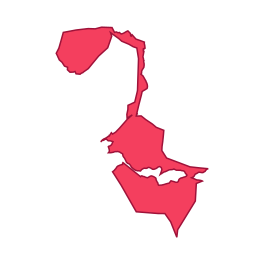 outline of San Bartolo Soyaltepec, Oaxaca, Mexico, rotated 104°
{"feature_id": "50627088B5288968218075", "entity_name": "San Bartolo Soyaltepec", "entity_type": "district", "adm_level": 2, "iso_a3": "MEX", "parent_name": "Mexico", "parent_adm1": "Oaxaca", "projection": "mercator", "projection_center": [-97.319, 17.577], "detail": "fine", "context": "isolated", "style": "filled", "palette": "rose", "viewbox_px": 256, "rotation_deg": 104, "n_neighbors": 0, "source": "geoboundaries", "source_scale": "gbopen_adm2", "svg_char_len": 5187}
<svg xmlns="http://www.w3.org/2000/svg" viewBox="0 0 256 256"><g transform="rotate(104 128 128)"><path d="M148.1,40.3L149.5,49.6L150.7,58.5L147.8,83.3L141.7,89.7L137.7,90.5L132.9,91.0L125.9,92.0L121.6,92.7L120.5,100.8L118.3,105.2L115.6,112.7L113.1,118.1L114.4,122.9L111.9,123.0L111.9,122.5L111.3,122.8L111.3,123.0L102.8,123.1L92.7,123.0L89.3,123.1L88.6,122.5L88.0,122.1L87.1,121.0L86.2,120.2L85.2,119.2L84.6,119.0L83.5,119.1L82.8,119.2L82.0,119.5L80.9,120.0L79.7,120.8L78.9,121.5L77.7,122.3L77.1,123.0L75.9,124.1L73.9,126.0L72.6,128.5L72.0,128.2L71.4,128.1L70.7,128.3L70.0,128.4L69.2,128.5L68.0,128.2L67.4,128.0L66.5,127.7L65.3,127.3L64.4,127.4L63.5,127.5L61.8,127.9L60.8,128.4L60.1,128.7L59.2,129.0L58.6,128.9L58.1,129.4L57.0,129.8L56.1,130.3L55.5,130.7L54.6,130.8L52.7,130.9L52.4,130.9L50.8,131.1L50.4,131.0L50.4,131.3L50.2,132.0L50.2,131.8L49.8,131.7L49.7,131.5L49.2,131.9L48.4,132.0L48.3,131.9L48.3,131.7L47.9,131.7L47.9,132.0L47.7,132.3L47.3,132.2L46.9,131.4L46.8,131.2L46.6,131.2L46.4,130.8L43.9,131.7L41.9,132.7L40.7,132.9L40.2,137.3L39.8,141.8L36.6,146.5L38.1,147.1L38.0,147.5L37.6,147.8L37.3,147.6L36.7,147.7L36.4,148.3L35.7,148.5L33.8,151.6L34.4,152.4L35.2,153.3L36.4,154.5L37.3,155.5L37.9,156.4L38.4,157.4L38.1,158.1L37.8,158.7L37.4,159.5L37.8,160.2L38.0,161.1L37.8,161.6L37.6,162.4L37.9,163.1L38.1,163.6L38.5,164.2L34.4,167.8L36.6,178.1L39.7,183.8L41.2,190.7L45.5,202.1L50.9,213.9L59.0,214.1L65.2,214.3L67.3,214.4L72.9,215.7L74.9,214.0L75.0,213.9L76.0,213.2L77.3,212.1L78.5,211.2L80.2,207.9L83.3,204.6L83.7,201.3L86.1,200.9L87.9,197.8L87.0,194.6L86.0,193.1L88.0,191.5L87.4,187.5L86.2,186.6L85.8,186.1L85.2,185.2L84.6,184.9L80.0,180.9L74.3,178.2L65.3,173.9L62.6,172.1L55.1,167.1L42.8,166.0L39.7,168.0L43.5,158.5L45.3,155.1L46.5,147.4L47.9,142.6L48.2,138.8L58.1,134.6L60.8,134.0L89.1,127.9L90.6,127.8L101.3,127.7L106.0,133.5L110.0,132.6L115.0,132.4L118.6,131.3L114.2,127.0L119.7,130.8L130.2,136.2L135.0,139.0L137.6,141.5L136.6,143.0L139.5,144.0L139.7,144.4L140.1,144.2L140.5,144.4L140.9,145.2L141.4,145.5L142.6,146.6L144.1,148.1L144.1,148.4L144.2,148.5L145.7,149.9L147.5,150.9L147.9,151.2L147.6,150.7L147.4,150.6L147.1,150.5L146.7,150.3L146.3,150.1L146.2,149.8L146.0,149.1L145.6,148.5L145.1,148.1L144.6,147.6L144.2,146.8L144.2,146.0L144.6,145.2L145.1,144.4L145.1,143.5L144.9,142.9L144.7,142.1L144.8,141.3L144.8,139.4L144.9,139.2L145.8,139.5L147.3,139.7L148.3,140.0L149.0,140.5L149.6,141.0L150.1,141.7L150.3,142.2L150.6,142.4L150.9,142.6L151.5,142.2L152.7,141.4L153.8,140.9L154.4,140.6L155.3,140.5L156.1,140.7L156.7,141.0L156.4,139.7L156.1,138.6L155.6,137.5L155.1,136.4L154.6,135.7L154.3,135.3L153.8,134.0L153.7,133.3L153.3,132.4L153.3,130.5L153.6,129.5L153.8,129.2L154.0,128.2L154.3,127.4L154.5,126.9L155.1,126.7L156.6,125.9L157.4,125.0L157.9,124.3L159.0,123.3L160.2,122.3L161.5,121.3L162.4,119.7L162.5,118.6L162.8,117.7L163.4,116.9L165.2,115.0L166.3,112.9L167.1,110.7L167.2,109.7L167.2,109.1L167.2,108.2L166.9,107.5L166.9,107.2L166.8,106.6L166.8,106.1L166.8,105.7L166.4,105.3L165.2,104.9L164.7,104.4L163.7,103.4L163.2,102.7L163.0,102.2L162.9,101.4L162.8,100.6L162.5,100.2L162.3,99.7L161.7,99.3L161.3,98.7L161.2,97.9L161.2,97.0L161.5,95.9L161.8,95.0L162.1,94.2L161.8,92.9L160.8,91.3L159.9,90.3L159.0,89.7L158.4,89.1L157.8,88.1L157.9,87.2L158.4,86.1L160.1,85.1L162.8,85.2L165.2,85.5L164.7,85.1L164.5,84.8L164.0,84.2L163.3,83.8L162.9,83.3L161.8,82.2L161.6,81.7L161.4,81.3L160.6,80.3L159.8,79.3L159.0,78.4L158.5,77.6L158.2,76.8L158.1,76.3L157.9,75.7L157.7,75.3L157.5,74.7L157.2,74.2L156.7,73.6L156.9,72.5L157.2,71.3L157.2,70.5L156.9,69.5L156.7,68.2L156.5,67.6L156.3,66.9L156.4,66.3L156.4,65.5L156.3,64.8L156.2,64.3L156.2,63.6L156.4,63.1L156.7,62.5L157.3,61.9L157.8,61.6L158.5,60.7L158.8,60.2L159.0,59.8L159.7,59.4L160.6,59.7L160.7,59.9L161.7,61.0L162.2,62.0L162.6,62.6L163.1,63.2L163.5,64.1L163.9,64.8L164.8,65.6L165.6,66.1L166.7,66.2L167.7,66.3L168.2,66.6L168.7,67.0L169.1,68.5L168.9,70.7L168.9,72.0L168.9,72.7L168.8,73.3L168.9,73.6L169.6,73.9L170.8,74.4L171.5,74.7L172.3,76.3L172.8,77.2L173.2,77.9L173.9,79.0L174.7,80.5L175.4,81.9L175.7,83.1L176.0,84.0L176.1,84.4L175.9,84.8L175.3,85.2L174.2,85.7L173.7,86.2L173.0,87.0L171.3,88.3L170.6,88.5L170.0,88.8L169.7,89.3L169.0,91.2L168.9,92.4L168.8,93.0L168.8,93.4L168.9,94.0L169.4,94.7L170.1,95.6L170.7,96.0L171.0,96.4L171.2,96.6L171.5,96.9L171.6,98.6L171.2,100.7L171.4,101.8L171.2,102.3L171.1,102.9L171.3,103.5L172.2,104.0L162.8,124.5L163.4,124.7L163.8,124.7L164.2,124.5L164.7,124.4L164.9,124.9L165.9,126.7L166.6,127.6L167.3,128.6L168.3,129.3L169.0,129.6L169.9,129.8L170.1,129.9L170.8,130.2L171.2,130.5L171.6,130.7L171.9,130.8L172.4,131.0L174.2,132.4L177.2,129.2L185.2,120.8L207.3,99.7L203.7,78.2L202.1,71.5L208.3,64.4L208.7,63.9L222.2,54.2L214.7,55.2L207.5,52.9L182.6,45.0L165.3,48.3L161.5,43.0L161.3,43.6L161.3,44.0L161.3,44.6L161.3,45.3L161.4,46.3L161.5,47.2L161.7,48.1L161.7,49.0L161.6,49.7L161.5,50.4L161.3,51.0L160.9,54.3L159.7,52.8L159.0,52.3L158.3,52.1L157.9,52.0L156.5,51.6L156.1,51.1L155.7,50.5L155.4,50.2L154.2,49.1L153.7,48.4L153.6,47.4L153.5,46.8L153.5,46.0L153.3,45.0L153.0,44.3L152.5,43.9L151.9,43.2L151.2,42.6L150.5,42.5L149.8,42.0L149.2,41.9L148.1,40.3Z" fill="#f43f5e" stroke="#9f1239" stroke-width="1.5"/></g></svg>